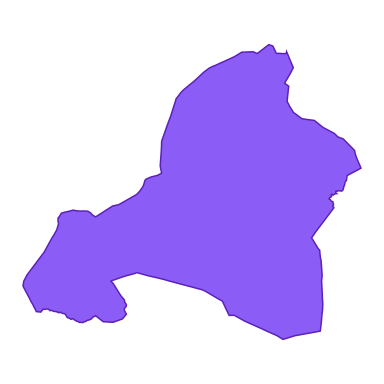 Santo Tomás Ocotepec, Oaxaca, Mexico
{"feature_id": "50627088B23444844999779", "entity_name": "Santo Tomás Ocotepec", "entity_type": "district", "adm_level": 2, "iso_a3": "MEX", "parent_name": "Mexico", "parent_adm1": "Oaxaca", "projection": "orthographic", "projection_center": [-97.795, 17.12], "detail": "fine", "context": "isolated", "style": "filled", "palette": "violet", "viewbox_px": 384, "rotation_deg": 0, "n_neighbors": 0, "source": "geoboundaries", "source_scale": "gbopen_adm2", "svg_char_len": 3800}
<svg xmlns="http://www.w3.org/2000/svg" viewBox="0 0 384 384"><path d="M347.1,175.6L350.4,173.8L357.4,170.1L361.0,168.2L359.4,164.3L357.7,160.6L355.7,155.3L355.0,152.8L354.6,150.5L343.2,138.9L337.9,136.9L334.4,133.5L323.0,127.4L314.3,120.4L307.9,119.6L302.0,118.7L293.5,112.5L289.7,106.4L287.1,101.3L288.7,86.2L284.6,83.2L290.5,73.2L293.3,67.6L290.4,60.8L286.6,51.7L286.3,53.3L283.7,53.7L279.6,53.4L276.3,53.3L272.9,46.1L271.2,45.4L268.8,44.6L259.1,52.1L257.2,53.5L253.3,51.8L249.3,51.9L244.2,52.1L241.7,52.2L234.7,56.5L230.3,58.6L220.7,62.9L214.9,65.6L212.6,66.4L208.8,68.4L203.5,72.4L201.2,74.6L198.4,77.2L194.4,80.9L183.8,89.6L180.8,92.6L178.5,95.8L177.3,97.3L176.1,98.8L175.2,101.9L174.4,104.4L173.0,108.8L170.8,115.8L169.7,118.8L168.5,121.8L165.9,129.0L164.3,133.7L162.0,140.1L161.6,141.8L161.5,146.5L161.2,151.8L160.9,156.3L160.2,165.9L161.3,171.6L161.5,173.3L157.4,175.4L151.3,176.9L146.1,179.1L144.9,180.5L144.0,183.7L143.2,186.0L142.0,187.9L139.7,191.2L136.6,194.5L135.6,195.0L134.0,196.0L132.6,196.7L130.3,198.1L127.1,199.9L124.3,201.5L119.7,204.1L118.6,204.7L112.6,206.0L95.6,216.9L93.1,215.4L92.1,214.7L90.8,213.0L87.8,211.2L84.0,211.0L80.1,211.1L76.4,210.8L73.3,210.1L71.8,210.5L68.5,211.4L64.3,212.3L61.3,213.2L59.8,215.8L59.2,216.8L58.2,217.7L57.9,220.3L58.5,223.8L56.8,229.7L54.6,233.8L51.9,238.1L44.1,252.2L27.1,274.8L23.7,281.3L23.0,286.1L24.5,289.0L29.2,297.8L31.0,301.5L32.6,304.1L33.5,305.9L33.5,306.0L36.2,311.2L36.3,311.6L39.1,311.9L40.8,312.1L42.0,310.6L42.8,309.4L48.0,309.0L49.2,309.7L49.3,310.0L49.8,310.6L51.5,310.4L52.4,310.8L53.6,311.3L54.2,311.4L54.8,311.5L55.3,311.5L56.1,311.6L56.8,311.9L57.4,311.8L58.1,312.5L58.7,312.7L59.2,312.7L59.5,312.5L60.7,312.2L61.3,312.7L62.1,313.3L63.3,313.5L64.3,313.7L65.0,314.0L65.4,314.3L65.6,314.7L66.1,315.7L66.5,316.2L66.7,316.7L67.5,317.7L68.0,317.9L68.6,317.9L68.8,317.9L69.7,318.4L70.4,319.0L70.8,319.2L71.1,319.2L71.6,319.2L72.4,318.8L72.6,318.7L73.1,318.7L73.3,319.0L75.0,320.3L75.9,320.7L76.7,321.2L77.0,321.4L77.5,321.4L78.1,321.6L78.4,321.8L78.8,322.0L79.1,322.3L79.9,322.4L81.8,322.4L82.1,322.5L82.5,322.6L82.9,322.5L83.9,322.0L84.5,321.7L85.1,321.6L85.5,321.5L86.1,321.2L86.4,321.0L87.1,320.5L87.9,320.1L88.5,320.0L88.9,320.1L89.2,320.0L89.7,319.7L90.0,319.6L90.5,319.2L91.0,319.2L92.6,317.5L92.9,317.2L93.6,316.9L94.0,316.6L94.4,316.3L95.4,316.0L95.6,315.7L103.2,321.7L113.1,322.3L122.5,318.9L126.4,314.2L124.3,310.2L124.3,309.6L124.5,308.6L126.4,306.0L126.3,304.4L125.4,303.1L124.9,302.4L124.6,301.1L124.5,300.1L122.4,297.6L121.7,296.7L120.7,295.5L113.4,283.8L111.0,281.2L111.8,280.7L124.4,276.3L128.8,275.1L135.1,273.4L136.6,272.6L141.8,274.0L145.5,275.0L148.7,275.9L154.0,277.1L156.7,277.7L164.0,279.5L168.1,280.7L174.2,282.3L179.3,283.7L188.8,286.2L194.0,287.6L202.6,289.9L205.1,291.1L213.4,296.0L218.5,299.0L222.4,301.2L225.7,308.3L227.6,312.2L229.1,315.4L234.2,315.3L244.9,321.2L250.2,323.6L261.2,328.5L266.3,330.9L276.9,335.6L279.1,337.0L283.0,339.4L284.9,338.8L288.9,337.6L294.5,335.8L302.7,334.3L313.9,332.3L320.3,331.1L321.4,321.5L321.8,316.2L322.6,309.2L322.8,303.7L322.5,299.8L322.1,290.4L321.6,281.1L322.1,276.3L322.1,275.1L321.6,267.3L321.0,259.9L320.6,258.6L320.1,255.0L319.9,252.9L319.7,250.2L318.4,248.9L316.3,245.5L311.6,237.8L316.2,231.2L333.9,207.8L333.6,207.1L332.8,206.5L332.9,205.7L333.5,205.1L333.3,203.4L332.9,203.0L332.9,201.8L331.3,201.1L330.2,199.5L329.3,199.3L329.1,198.5L329.4,198.2L329.8,197.6L330.3,197.4L330.7,197.1L331.3,196.8L331.7,196.0L331.2,194.6L332.2,194.3L333.3,195.0L334.3,194.3L335.6,193.7L336.7,193.6L335.8,192.8L335.8,191.3L336.6,191.1L337.1,191.3L338.1,190.7L339.1,190.8L340.1,190.9L341.7,191.1L342.8,190.1L343.0,189.7L343.3,189.2L343.8,186.3L344.3,185.9L344.4,185.6L345.0,182.6L345.5,181.4L346.4,180.6L347.1,175.6Z" fill="#8b5cf6" stroke="#5b21b6" stroke-width="1.5"/></svg>